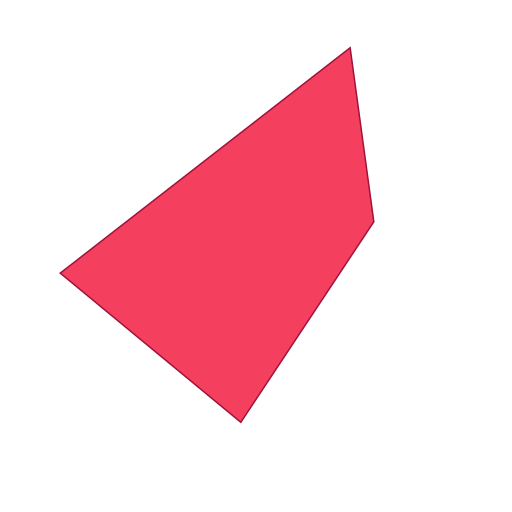 Jarvis Island, Albers equal-area conic projection, rotated 332°
{"feature_id": "UMI-5173", "entity_name": "Jarvis Island", "entity_type": "state/province", "adm_level": 1, "iso_a3": "UMI", "parent_name": "United States Minor Outlying Islands", "parent_adm1": "", "projection": "albers", "projection_center": [-160.021, -0.381], "detail": "fine", "context": "isolated", "style": "filled", "palette": "rose", "viewbox_px": 512, "rotation_deg": 332, "n_neighbors": 0, "source": "natural_earth", "source_scale": "10m", "svg_char_len": 229}
<svg xmlns="http://www.w3.org/2000/svg" viewBox="0 0 512 512"><g transform="rotate(332 256 256)"><path d="M75.1,179.2L436.9,116.3L376.1,281.1L164.5,395.7L75.1,179.2Z" fill="#f43f5e" stroke="#9f1239" stroke-width="1.5"/></g></svg>